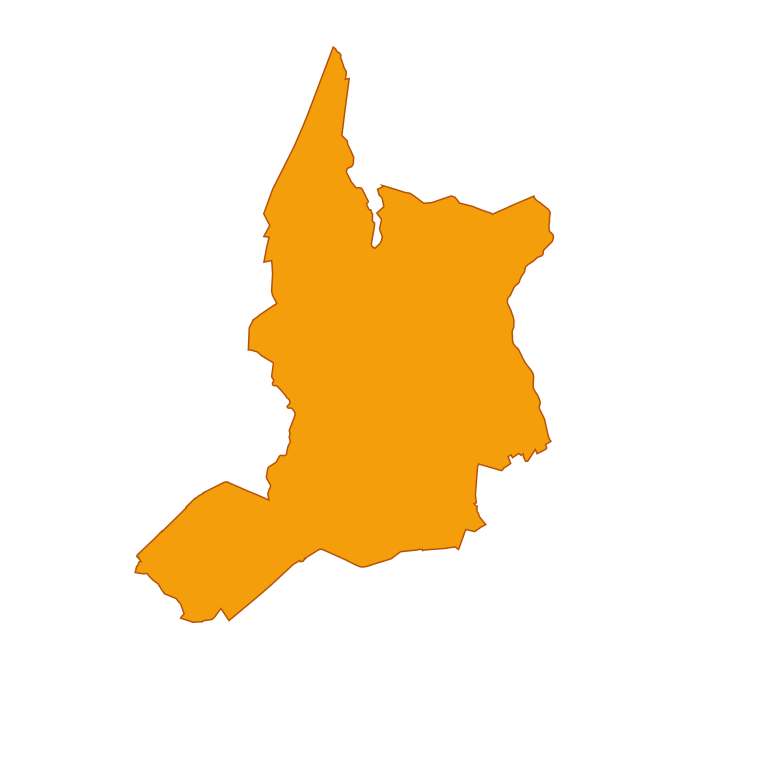 Barkavas pag., Madona, Latvia (Mercator projection), rotated 112°
{"feature_id": "27541924B85435526421867", "entity_name": "Barkavas pag.", "entity_type": "district", "adm_level": 2, "iso_a3": "LVA", "parent_name": "Latvia", "parent_adm1": "Madona", "projection": "mercator", "projection_center": [26.589, 56.738], "detail": "fine", "context": "isolated", "style": "filled", "palette": "amber", "viewbox_px": 768, "rotation_deg": 112, "n_neighbors": 0, "source": "geoboundaries", "source_scale": "gbopen_adm2", "svg_char_len": 6102}
<svg xmlns="http://www.w3.org/2000/svg" viewBox="0 0 768 768"><g transform="rotate(112 384 384)"><path d="M661.4,439.1L630.6,422.6L616.4,415.3L612.1,413.1L585.5,400.7L579.3,396.0L580.1,395.0L578.4,392.4L577.6,392.4L577.1,392.3L575.0,391.2L574.9,391.3L574.9,391.9L570.9,388.8L562.3,382.6L561.3,381.5L560.7,380.3L560.5,377.8L561.4,354.0L561.9,348.1L562.4,341.0L562.4,338.0L561.8,335.3L560.3,332.9L560.2,332.4L557.2,328.6L557.1,328.8L543.4,311.9L533.3,305.8L525.5,291.2L525.3,290.7L525.1,290.7L524.3,289.6L523.0,286.5L524.0,285.9L522.8,284.3L522.5,283.8L513.5,265.6L511.6,262.6L509.0,257.9L508.6,257.0L508.5,256.7L509.5,252.9L505.3,253.0L488.2,253.7L488.1,252.6L486.8,244.5L484.2,242.9L479.9,240.1L476.2,237.0L471.8,245.0L471.5,245.5L468.4,248.3L467.3,250.1L462.7,251.8L462.9,251.9L462.6,253.0L461.3,255.7L459.5,253.9L452.6,257.7L451.0,258.2L440.4,261.6L425.6,266.3L422.7,266.2L420.3,242.6L420.0,242.2L417.1,241.4L411.4,237.5L411.2,237.5L410.1,236.8L404.7,241.8L402.1,239.4L402.7,239.0L404.2,237.2L398.0,233.1L398.8,230.2L396.8,229.0L397.0,228.4L399.1,227.5L399.7,226.9L402.1,224.3L402.6,224.0L401.9,221.9L397.1,220.9L388.0,219.2L391.3,215.9L383.4,209.2L381.9,209.4L379.7,211.6L375.1,208.1L374.5,207.8L373.9,208.9L373.2,209.8L370.6,212.3L356.6,221.9L354.6,224.0L352.1,226.9L349.3,230.0L348.7,230.5L347.7,231.1L346.6,231.7L344.6,231.7L343.8,231.8L343.1,232.1L342.3,232.5L339.6,234.6L337.6,236.5L336.1,238.4L334.7,240.7L332.6,243.2L331.0,244.5L330.2,244.9L327.2,246.0L321.4,247.9L319.3,249.2L318.7,249.6L318.1,250.3L316.3,252.5L315.4,254.2L312.0,260.0L311.1,261.4L308.4,264.6L302.2,271.5L301.1,272.9L300.1,275.8L299.5,277.0L298.6,278.5L297.6,279.7L296.4,280.5L294.7,281.5L291.5,282.8L289.9,283.7L289.1,284.2L286.7,284.9L284.6,285.0L283.3,284.9L282.3,285.1L276.9,287.1L275.5,287.9L272.6,290.1L271.0,291.6L269.2,293.0L267.4,294.8L263.4,299.2L262.6,299.9L260.9,300.7L259.8,301.1L257.9,301.3L254.4,300.1L253.2,300.0L246.9,299.7L244.4,299.4L240.2,297.1L239.0,296.8L236.7,297.0L232.8,296.9L228.0,295.8L227.2,295.7L223.0,296.6L222.4,296.6L219.5,295.3L214.4,291.8L213.3,291.1L209.5,289.4L208.8,288.9L208.3,288.4L206.6,286.3L206.0,285.9L204.9,285.3L203.7,285.2L201.3,286.1L200.3,286.0L199.5,285.9L189.6,281.7L188.7,281.5L187.7,281.4L185.3,281.7L184.3,281.9L183.5,282.3L182.8,282.9L182.2,283.5L181.9,284.1L181.2,285.7L180.9,286.7L180.5,287.5L179.9,288.2L179.3,288.6L175.1,290.5L171.9,291.2L171.1,291.5L170.1,292.0L168.3,292.7L164.6,293.6L163.0,294.1L161.9,295.0L161.2,295.9L160.4,297.3L159.8,299.4L157.4,307.3L157.1,308.6L157.1,309.2L156.5,311.6L155.6,313.4L155.0,314.3L153.6,315.5L154.3,316.1L156.6,318.4L162.0,323.7L169.7,331.5L174.6,336.0L181.0,342.3L186.1,347.1L185.5,348.4L186.0,356.5L186.2,362.7L186.1,367.9L187.9,381.7L188.0,381.9L187.7,382.0L184.3,388.0L184.5,392.1L197.9,407.6L200.6,412.9L200.9,413.8L201.0,413.8L201.4,414.8L201.5,414.9L198.8,425.0L197.9,428.8L197.4,432.0L197.7,432.3L198.5,436.2L199.8,452.0L200.6,460.2L201.3,458.9L205.9,463.0L206.2,462.8L206.1,462.7L210.4,459.5L212.4,455.4L212.6,455.2L219.6,450.6L219.9,450.7L228.2,454.7L230.3,451.3L232.3,448.0L233.9,447.6L241.8,446.3L243.7,444.8L248.4,440.3L249.3,440.7L251.6,440.0L255.5,440.4L261.7,443.3L260.8,446.7L260.4,447.3L259.8,447.8L258.8,448.2L240.0,452.3L238.4,453.0L238.1,453.2L237.9,454.5L237.7,454.9L237.4,455.4L237.1,455.8L230.8,458.2L230.6,458.4L229.9,459.5L227.7,461.2L227.5,461.6L227.9,462.9L227.9,463.3L224.1,467.3L223.4,467.7L221.3,466.8L221.0,466.8L220.4,467.1L216.7,471.4L215.8,472.3L215.0,473.2L211.4,477.3L210.9,478.3L210.9,478.6L211.0,479.6L212.5,483.3L212.4,483.7L208.8,490.1L201.6,498.3L201.4,498.4L198.1,498.8L197.5,498.4L194.5,495.4L191.5,494.9L185.2,497.0L180.3,502.0L175.5,507.3L172.4,509.1L169.3,516.2L148.7,521.7L113.8,530.7L116.0,534.0L112.1,534.8L108.5,535.9L105.8,539.4L100.4,543.9L97.6,546.6L95.7,546.9L94.5,548.0L93.6,549.8L93.7,550.4L93.2,552.2L92.8,553.1L91.4,554.2L90.7,557.3L162.2,555.7L174.0,555.7L197.8,556.3L245.0,560.2L271.2,559.3L279.8,549.3L292.3,550.7L290.8,545.6L301.0,544.0L316.0,541.0L311.7,534.5L315.9,532.1L316.0,532.2L323.5,528.6L339.5,523.2L340.8,522.5L343.5,520.6L349.4,513.6L351.6,515.0L351.9,514.8L352.4,515.7L367.2,525.6L367.5,525.5L373.3,529.1L373.3,528.9L373.9,529.1L373.9,529.3L381.9,530.0L382.9,529.8L403.3,522.5L402.5,521.2L402.5,520.4L402.4,520.1L401.7,513.5L403.6,508.2L403.8,507.5L405.7,495.2L405.8,494.7L406.5,494.2L418.8,491.1L419.5,490.8L421.2,488.4L421.9,487.5L424.9,487.7L425.6,487.6L426.2,487.1L426.6,486.6L426.8,485.9L426.6,484.7L426.0,483.7L426.0,483.1L426.0,482.3L428.4,477.0L429.4,475.1L431.3,471.5L432.4,469.8L432.8,469.3L433.3,468.4L433.7,466.9L434.5,465.6L435.8,464.5L436.5,464.2L437.3,464.2L439.4,464.7L440.3,465.3L440.9,465.4L441.6,465.1L442.1,464.3L442.2,463.6L441.2,461.2L441.2,460.6L441.8,459.1L442.4,457.9L443.7,456.1L445.2,455.1L445.7,455.0L448.9,454.7L462.6,454.5L464.3,453.2L465.2,452.7L466.6,452.3L468.4,452.1L469.1,451.8L471.7,449.8L472.7,449.3L473.7,449.3L477.6,449.6L480.1,449.3L485.6,448.2L486.3,448.3L487.3,449.1L487.6,449.5L488.1,450.3L488.6,452.5L489.1,453.4L489.8,453.8L490.9,454.1L492.7,454.2L496.6,454.6L498.2,455.6L504.0,459.7L505.2,460.1L506.0,460.0L507.0,459.9L514.5,458.2L514.8,458.0L515.6,457.2L520.0,451.7L520.9,451.1L522.0,450.8L523.4,450.8L524.5,451.0L526.7,450.7L528.1,450.8L529.3,450.7L534.7,447.2L534.3,460.7L534.2,472.0L533.7,491.8L533.4,491.9L534.4,494.7L535.0,495.4L552.9,511.1L553.5,510.8L556.9,513.8L561.0,515.9L560.8,516.4L572.3,521.4L572.6,520.9L580.0,524.0L603.8,534.4L603.4,534.8L612.8,538.6L635.1,548.8L635.7,548.1L636.6,548.5L637.0,547.5L636.9,547.0L636.9,546.7L637.0,546.8L637.3,546.5L638.0,545.6L638.3,544.9L639.2,543.3L639.7,542.7L639.8,543.3L640.0,543.8L640.6,544.3L641.0,544.5L644.0,544.4L644.7,544.5L645.9,545.0L652.0,544.1L650.1,535.7L648.4,532.9L650.7,528.7L652.3,524.8L653.9,518.7L657.9,513.3L660.7,509.0L660.8,496.5L664.6,489.7L672.0,483.2L675.5,484.6L677.3,484.8L676.8,478.5L676.5,472.4L676.4,471.8L676.2,471.2L673.1,465.0L672.7,463.5L672.2,463.3L671.3,462.7L670.8,462.1L670.5,461.7L667.0,455.7L666.1,455.0L665.0,454.4L662.7,453.5L653.2,451.1L661.4,439.1Z" fill="#f59e0b" stroke="#b45309" stroke-width="1.5"/></g></svg>